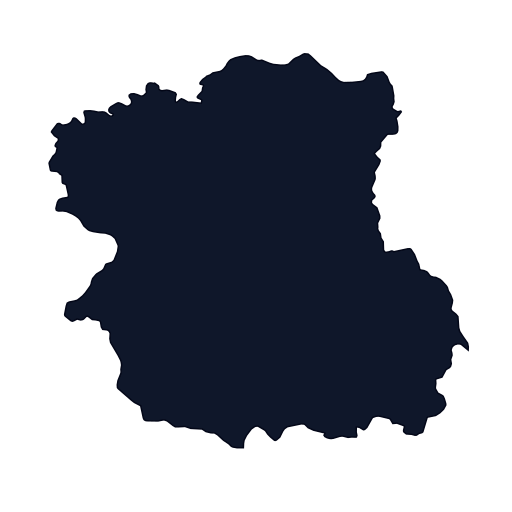 outline of Quy Hop, Nghệ An, Vietnam, rotated 262°
{"feature_id": "81297802B66096195927531", "entity_name": "Quy Hop", "entity_type": "district", "adm_level": 2, "iso_a3": "VNM", "parent_name": "Vietnam", "parent_adm1": "Nghệ An", "projection": "natural_earth1", "projection_center": [105.167, 19.322], "detail": "fine", "context": "isolated", "style": "filled", "palette": "ink", "viewbox_px": 512, "rotation_deg": 262, "n_neighbors": 0, "source": "geoboundaries", "source_scale": "gbopen_adm2", "svg_char_len": 5977}
<svg xmlns="http://www.w3.org/2000/svg" viewBox="0 0 512 512"><g transform="rotate(262 256 256)"><path d="M170.5,445.9L174.2,442.4L175.9,441.7L177.4,441.8L182.2,443.8L184.9,444.5L190.6,443.3L194.7,441.6L198.3,441.1L200.0,440.3L205.4,436.6L207.2,435.0L209.8,431.1L210.3,428.8L211.5,426.3L212.7,425.2L214.9,424.1L216.6,422.9L218.2,420.3L219.1,417.4L219.8,416.3L225.3,415.9L228.5,414.7L235.4,413.1L241.0,410.4L241.8,409.4L242.0,407.1L241.0,393.1L241.9,391.8L242.1,390.7L241.6,388.4L241.5,385.0L242.4,383.8L244.3,383.1L252.4,384.0L256.4,382.2L260.8,382.2L264.0,380.5L266.2,380.2L267.6,380.6L271.8,380.9L276.1,383.8L278.5,384.1L286.9,382.4L290.8,378.5L292.6,377.6L295.2,378.2L297.4,381.4L298.5,382.1L299.6,382.0L301.7,380.6L303.4,379.9L304.7,379.5L306.5,379.6L308.0,380.1L315.1,384.4L316.4,384.8L318.7,385.0L322.2,384.7L322.9,385.0L329.5,390.4L332.7,392.1L333.8,392.2L337.0,389.6L340.8,387.4L341.6,388.0L343.0,389.8L345.4,393.4L347.6,394.7L351.4,395.3L358.1,402.8L358.3,404.0L357.7,408.3L357.7,410.5L357.9,411.5L358.8,412.9L360.4,413.8L364.2,414.4L370.0,414.3L373.1,413.8L375.6,417.0L378.5,419.9L379.4,419.5L379.1,416.7L379.4,415.8L382.0,412.5L383.3,411.4L385.3,411.5L387.1,412.9L389.6,414.1L392.9,414.2L395.5,414.7L404.5,414.4L405.6,414.2L407.3,412.9L409.4,412.0L415.3,410.7L420.3,407.4L420.8,406.1L420.7,395.9L420.0,391.7L417.7,390.6L415.8,389.0L414.6,387.0L414.3,385.7L414.2,383.5L414.5,375.7L415.5,367.0L416.8,364.2L418.3,362.2L421.9,359.2L426.2,356.2L430.8,352.1L435.4,346.5L446.5,337.8L448.7,335.7L449.5,332.1L449.2,330.7L447.5,326.7L446.5,322.7L445.5,320.5L441.4,314.9L441.0,311.3L441.5,307.1L443.3,299.7L445.0,296.0L449.1,289.0L449.0,286.3L449.7,284.1L453.8,279.3L455.1,276.7L455.7,273.5L455.6,267.8L455.1,262.9L453.9,258.3L452.7,256.5L450.5,254.3L448.4,252.9L445.6,249.9L444.3,247.9L443.7,245.9L443.3,238.8L441.7,235.9L440.8,232.0L440.2,231.5L438.2,227.7L435.6,224.9L434.8,224.5L433.9,224.7L433.0,227.2L432.2,227.7L431.6,227.7L429.9,226.6L426.5,225.6L423.2,221.3L421.8,220.0L421.1,220.0L420.5,220.5L418.4,223.8L417.3,224.0L414.9,223.0L417.2,214.2L417.8,210.2L420.8,206.3L422.1,204.0L421.3,202.2L419.8,200.1L419.3,198.9L419.4,198.2L419.8,197.8L421.0,197.6L424.5,198.4L427.2,199.5L428.9,198.7L431.9,193.1L432.7,190.7L432.7,185.8L433.5,184.0L434.5,183.2L435.5,183.0L437.0,183.2L438.2,182.9L441.3,179.7L441.1,179.0L442.0,176.0L442.1,174.7L441.7,173.2L439.7,171.3L436.1,170.3L433.2,170.4L432.5,169.8L430.6,167.1L430.2,165.6L430.4,164.1L432.2,161.1L433.7,157.7L433.9,154.7L432.9,152.8L431.8,152.6L430.5,152.9L428.8,154.0L426.7,154.4L424.6,154.0L423.3,152.7L422.4,150.9L422.2,149.3L422.7,147.8L425.4,144.1L426.8,141.4L426.8,140.2L426.2,138.4L424.0,133.1L422.8,131.5L421.6,130.7L420.1,130.5L418.9,131.0L417.9,131.9L416.7,134.1L415.7,134.3L414.5,132.8L414.8,131.2L415.7,129.9L418.7,127.2L419.6,125.8L420.1,123.9L420.4,119.8L421.9,115.7L422.9,111.9L423.4,107.1L423.3,106.2L422.0,105.6L417.2,106.3L415.5,106.2L411.9,105.6L411.0,104.6L410.6,103.7L410.6,101.9L416.8,97.1L417.8,95.8L418.0,94.7L417.6,93.9L414.9,92.1L413.7,90.5L412.9,88.6L412.5,86.7L412.4,83.3L412.8,81.9L414.3,80.3L414.7,79.3L414.6,77.7L408.4,71.4L407.3,70.7L403.2,73.1L400.1,76.6L398.5,76.5L397.2,75.9L395.3,73.6L393.4,72.5L392.4,72.6L391.3,74.0L390.9,74.2L386.2,72.5L384.5,70.9L383.2,68.9L377.6,64.4L376.5,64.0L369.8,64.4L369.2,64.6L368.7,65.3L367.4,70.7L365.9,72.5L364.9,72.8L362.9,75.1L355.9,74.4L354.9,74.8L353.4,77.5L352.5,78.0L343.3,78.7L341.4,78.6L340.6,78.1L340.2,77.3L340.1,72.4L339.5,69.5L338.8,68.3L336.8,66.8L333.3,65.4L331.0,64.5L329.3,64.6L328.6,65.4L328.0,66.9L327.6,70.9L326.5,74.6L323.1,80.2L320.7,83.2L318.3,85.6L315.7,87.3L309.6,89.8L305.4,93.4L304.4,94.7L302.9,98.1L300.8,105.0L299.7,110.1L297.4,114.8L295.9,116.6L293.0,119.0L285.9,121.0L284.6,121.0L279.6,119.5L271.4,114.8L269.8,112.5L268.9,106.7L268.5,106.0L264.6,103.6L263.6,102.5L262.9,101.5L260.5,95.9L259.8,94.9L256.4,91.1L253.2,89.5L251.0,88.8L249.3,87.7L243.3,82.0L240.6,78.8L237.1,72.9L236.7,70.0L236.4,64.6L235.6,62.5L232.7,61.1L224.8,58.4L223.9,58.4L223.1,58.7L217.7,63.7L217.0,65.0L217.2,66.4L218.5,70.1L217.1,73.4L217.2,75.4L217.6,76.5L219.8,79.4L220.0,80.7L218.9,82.1L215.9,85.0L215.1,88.5L213.9,91.7L213.2,92.5L212.2,92.9L207.2,93.0L204.7,94.0L203.7,97.9L203.0,99.3L201.6,100.3L199.7,100.9L194.3,99.8L190.6,100.0L176.9,105.7L171.3,107.6L169.3,107.8L166.7,107.8L162.5,106.5L159.7,106.3L158.4,105.8L151.8,102.0L147.7,100.7L144.9,100.5L143.7,101.2L130.6,112.6L127.9,115.2L123.8,121.0L111.3,121.9L109.6,122.4L108.9,123.1L108.3,124.1L107.9,125.9L106.3,136.1L106.6,141.4L106.3,142.8L105.0,145.2L99.7,150.3L98.1,152.3L97.7,155.1L97.1,162.0L94.4,167.4L92.2,178.6L89.1,182.0L87.2,186.8L86.6,190.3L84.3,193.1L78.1,198.2L73.9,202.9L71.0,205.1L70.1,206.5L68.8,210.5L67.9,216.8L72.3,217.6L75.2,218.5L79.7,221.6L85.4,227.3L87.4,231.2L87.5,233.2L87.2,234.4L82.6,240.2L81.5,241.2L78.1,242.8L74.8,245.2L71.0,248.6L70.7,249.3L70.9,250.5L73.3,254.3L78.9,258.1L81.0,260.1L82.6,263.3L83.5,277.5L82.9,280.2L82.3,281.1L78.7,283.8L75.5,288.8L71.2,299.6L70.5,299.6L69.1,298.4L67.6,299.1L66.1,301.2L65.2,303.4L64.8,305.0L64.8,307.2L65.8,313.8L65.8,315.8L65.6,317.0L63.6,321.9L63.5,325.3L62.8,329.7L62.8,330.2L64.2,330.9L67.7,330.7L72.6,331.5L72.6,332.8L71.9,334.7L69.0,338.2L69.1,339.4L70.8,341.9L79.3,348.4L79.9,349.1L80.6,352.5L80.5,354.8L80.0,356.6L76.5,365.5L75.5,366.4L71.1,368.2L70.9,372.3L67.5,378.7L66.4,379.3L62.9,377.9L61.7,377.8L61.0,378.1L58.9,380.1L57.8,385.3L56.4,388.5L56.3,390.1L57.6,392.6L58.0,395.7L58.6,396.7L72.3,403.0L72.6,403.7L73.1,411.7L75.2,416.3L78.2,420.4L82.0,423.2L83.5,423.3L88.3,422.6L91.1,421.8L92.2,420.7L94.9,417.0L99.5,415.2L101.0,415.3L104.6,416.3L108.2,416.6L109.0,417.0L109.3,417.4L110.2,423.3L117.0,428.3L118.7,432.2L119.7,433.3L122.2,434.4L126.4,434.3L130.4,436.3L132.6,436.4L135.7,436.0L138.4,437.3L139.8,439.0L140.6,440.6L141.0,443.5L140.5,445.9L139.9,447.0L133.3,453.0L136.5,453.6L140.2,453.4L147.5,449.7L153.0,447.2L156.6,446.7L167.9,447.5L170.5,445.9Z" fill="#0f172a" stroke="#020617" stroke-width="1.5"/></g></svg>